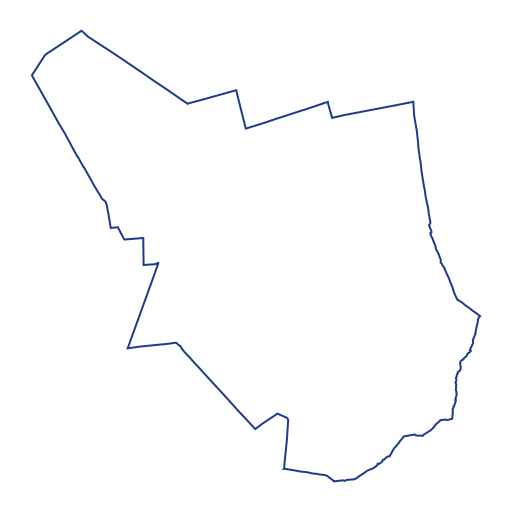 Buzias, Timis, Romania (orthographic projection)
{"feature_id": "2599482B41254091250904", "entity_name": "Buzias", "entity_type": "district", "adm_level": 2, "iso_a3": "ROU", "parent_name": "Romania", "parent_adm1": "Timis", "projection": "orthographic", "projection_center": [21.63, 45.631], "detail": "fine", "context": "isolated", "style": "outline", "palette": "blue", "viewbox_px": 512, "rotation_deg": 0, "n_neighbors": 0, "source": "geoboundaries", "source_scale": "gbopen_adm2", "svg_char_len": 6038}
<svg xmlns="http://www.w3.org/2000/svg" viewBox="0 0 512 512"><path d="M452.1,418.8L452.2,418.5L452.3,418.0L452.3,417.9L452.3,417.4L452.5,415.9L452.5,415.1L452.7,414.0L452.8,413.0L452.8,412.5L452.8,411.6L452.8,410.4L452.7,409.9L452.6,409.7L452.6,409.3L453.4,407.6L453.5,407.3L453.4,406.5L454.2,406.0L454.3,405.6L454.4,405.0L454.5,404.8L454.7,404.4L455.1,403.5L455.2,402.8L455.7,400.8L455.9,400.3L455.9,400.1L455.9,399.9L455.8,399.7L455.3,400.3L455.2,400.1L455.5,398.9L455.6,398.3L455.9,397.5L456.1,396.6L456.3,395.5L456.7,394.8L456.8,394.6L456.7,394.1L456.4,393.1L456.4,392.8L456.4,392.0L456.4,391.4L456.0,390.5L455.9,390.2L455.9,389.1L456.0,388.4L456.2,387.4L456.1,387.1L456.0,386.8L456.0,386.6L456.1,386.3L456.1,385.7L456.1,385.2L456.3,384.8L456.3,384.3L455.8,383.4L455.5,382.9L455.6,382.3L456.0,381.6L456.2,381.1L456.4,380.1L456.3,379.3L456.1,378.7L455.9,378.5L455.8,378.2L456.4,377.4L456.5,376.9L456.6,376.1L456.8,375.3L457.0,374.7L457.6,373.7L457.7,373.1L457.6,372.6L457.7,372.4L457.9,372.1L458.1,371.9L458.8,371.4L459.6,371.0L459.9,370.7L460.6,369.4L460.6,368.7L460.7,368.0L460.8,367.4L460.8,366.9L460.5,366.0L460.2,364.1L460.2,363.3L460.3,363.0L460.2,362.4L460.3,362.0L460.6,361.3L461.1,360.8L461.3,360.6L461.9,360.1L462.3,359.8L463.2,359.5L463.6,358.9L463.7,358.6L464.4,357.8L466.4,356.3L466.9,355.5L467.0,355.3L467.1,354.7L467.3,354.1L467.4,353.9L468.3,353.0L469.3,352.4L470.1,352.0L470.4,351.6L470.8,350.7L469.9,350.2L470.0,349.7L473.2,342.8L472.8,340.2L474.6,335.9L475.5,333.5L475.2,333.1L475.9,330.7L476.3,328.1L476.7,326.6L476.9,325.2L477.5,323.4L477.8,322.1L477.7,321.4L478.0,319.4L478.8,317.5L480.1,316.2L476.6,313.4L473.9,311.6L470.2,308.8L467.9,307.0L466.8,306.4L466.2,306.0L464.1,304.3L463.4,303.5L458.1,300.0L457.5,300.0L457.4,299.4L456.4,297.8L455.1,294.9L454.4,293.4L453.6,290.9L453.0,289.4L452.8,288.1L452.0,286.4L451.5,284.9L449.9,281.2L449.4,279.6L448.8,278.3L448.6,277.5L448.5,277.1L447.8,275.8L447.5,275.4L446.7,273.6L444.8,269.3L444.7,269.0L444.7,268.5L444.5,268.1L444.3,267.7L443.6,266.7L443.3,266.5L443.0,266.2L442.7,265.8L442.4,265.2L442.2,264.4L442.0,264.1L441.7,263.6L440.9,263.0L440.6,262.6L440.6,262.1L440.7,261.6L440.8,260.0L440.7,259.7L440.5,259.0L439.8,257.4L439.4,256.3L438.9,254.7L437.8,252.6L437.5,251.7L436.7,250.3L436.2,249.5L436.0,249.1L435.7,248.2L435.6,247.9L435.7,247.3L435.7,246.8L435.6,246.3L435.0,245.0L434.2,243.0L433.8,242.1L433.3,240.9L432.9,239.6L432.1,237.7L431.2,236.2L430.5,234.0L430.3,233.2L430.9,232.9L431.3,232.6L431.5,232.2L431.2,230.6L430.9,229.7L430.1,228.2L430.0,227.8L429.7,227.2L429.2,225.8L429.1,225.5L429.1,225.2L429.4,224.8L429.7,224.3L430.1,223.6L430.4,222.9L430.2,221.0L430.0,220.5L429.6,218.5L429.4,217.0L429.3,216.2L429.0,215.1L428.7,213.4L428.6,211.4L428.2,209.2L428.1,208.1L427.9,207.6L427.7,205.6L427.0,203.6L426.6,201.1L426.2,199.4L425.8,197.5L425.1,192.8L425.1,192.3L424.6,189.3L423.9,186.0L423.0,180.3L422.7,178.8L421.5,170.9L420.8,164.1L420.5,161.7L420.4,161.0L419.6,156.9L419.4,154.7L418.4,148.0L418.1,142.4L417.5,137.3L416.7,130.1L416.2,127.5L414.2,116.1L413.3,101.8L396.6,105.1L376.1,109.0L356.2,112.8L344.1,115.1L341.1,115.8L332.1,117.9L328.1,103.7L327.9,101.9L325.2,102.7L321.2,104.1L304.0,109.9L303.3,110.0L282.2,116.9L275.9,118.9L264.1,122.9L245.8,128.6L241.2,110.4L237.6,96.1L236.2,90.2L202.3,99.7L188.7,103.3L187.6,103.5L187.1,103.2L187.1,103.4L180.6,99.0L168.9,90.9L152.4,79.8L147.3,76.2L135.4,68.1L114.6,54.0L105.4,48.0L88.0,36.7L81.6,30.7L49.4,52.0L47.3,53.3L45.3,54.8L44.4,56.0L31.9,75.3L33.5,78.3L49.7,107.0L58.4,122.7L65.3,134.2L73.6,149.8L77.1,156.2L77.5,156.8L77.7,157.0L78.2,157.2L78.8,158.6L83.5,167.1L84.0,167.4L89.3,176.8L94.2,185.7L98.5,192.9L98.9,193.2L101.8,198.5L105.5,201.6L106.8,205.3L107.5,209.0L108.3,213.2L110.7,227.9L117.9,227.3L119.6,230.6L124.2,239.5L127.0,239.3L143.3,238.0L143.3,241.0L143.6,265.0L146.0,264.8L155.2,264.2L158.2,262.9L158.3,263.2L153.2,277.7L127.7,348.3L130.8,347.9L136.2,347.1L138.1,346.8L161.7,344.4L164.9,344.2L167.6,343.8L170.1,343.5L170.4,343.5L170.7,343.4L175.9,342.7L177.3,343.7L179.0,345.4L179.8,345.6L180.1,345.8L180.4,346.1L181.2,347.7L182.9,350.0L184.2,351.6L184.5,352.0L190.6,358.5L194.2,362.6L198.2,366.9L200.0,368.8L203.8,373.1L207.0,376.5L219.8,390.5L220.3,390.9L225.9,397.1L238.4,411.0L245.5,418.5L255.2,429.0L257.7,427.3L261.8,424.1L268.3,419.7L274.6,415.6L277.4,413.6L287.3,418.0L288.2,420.2L287.5,430.6L286.9,439.9L285.7,451.3L284.7,461.3L284.1,468.7L284.0,468.8L284.6,468.8L292.3,470.0L292.7,470.1L297.3,470.9L300.8,471.6L303.6,471.8L307.3,472.2L309.0,472.7L312.7,473.5L317.1,473.9L319.9,474.5L323.4,474.8L325.9,475.3L327.1,475.8L329.6,477.8L332.1,479.6L332.9,480.3L333.8,480.8L333.9,481.3L336.3,481.2L337.1,481.0L338.3,480.9L342.5,480.3L344.6,480.8L345.0,480.8L345.4,480.6L345.6,480.4L346.3,480.1L347.2,479.9L347.7,479.8L349.6,479.7L350.5,479.5L351.1,479.5L351.8,479.5L352.9,479.5L355.0,479.0L356.0,478.5L356.5,478.1L357.9,477.3L358.5,476.6L359.5,475.9L360.8,475.3L361.6,474.7L362.1,474.3L363.0,473.8L363.5,473.5L366.4,471.3L367.3,470.7L368.6,470.2L368.9,469.9L369.5,469.6L371.9,468.9L372.7,468.5L373.9,467.8L374.5,467.3L375.4,467.0L375.7,466.5L376.0,466.2L376.8,465.6L377.5,464.7L377.7,463.7L377.9,463.6L378.2,463.7L378.5,463.9L378.7,464.0L379.6,463.6L380.5,462.9L381.8,461.9L382.3,461.3L382.5,460.9L382.5,460.5L382.8,459.9L383.0,459.8L383.8,459.7L384.1,459.6L384.3,459.4L384.9,458.8L386.2,457.5L386.9,457.1L387.6,456.6L387.9,456.5L388.2,456.4L388.6,456.4L389.2,456.2L389.3,456.3L389.5,456.4L390.3,455.1L390.6,454.5L391.4,453.2L392.0,451.8L392.8,450.6L393.6,449.1L394.5,447.8L394.9,447.3L395.3,446.9L395.6,446.7L395.8,446.6L395.9,446.4L396.4,445.6L397.9,444.1L398.7,442.9L399.0,442.6L400.0,441.1L400.2,440.7L400.4,440.6L401.7,439.2L402.6,437.9L403.8,436.4L414.6,434.5L415.3,435.2L417.1,435.6L419.4,435.7L420.3,435.5L420.8,435.5L421.9,435.8L422.7,435.9L423.5,434.8L431.1,430.0L434.6,426.3L435.1,425.5L435.4,424.7L435.8,424.3L436.9,423.5L438.0,422.5L439.0,421.7L440.1,420.7L440.4,420.1L443.9,419.7L445.4,419.7L447.6,420.0L452.1,418.8Z" fill="none" stroke="#1e3a8a" stroke-width="2"/></svg>